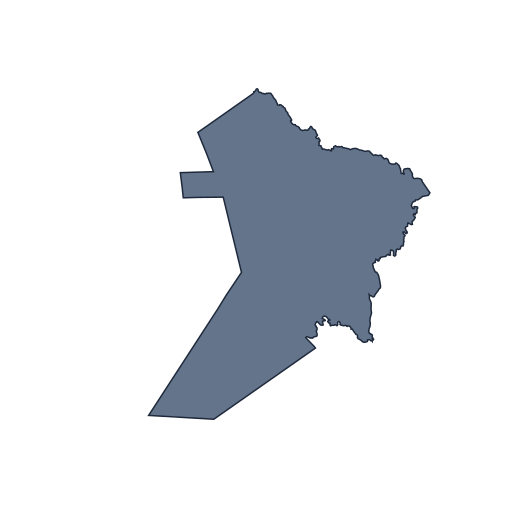 Kinango, Coast, Kenya, rotated 325°
{"feature_id": "3690345B23512246754033", "entity_name": "Kinango", "entity_type": "district", "adm_level": 2, "iso_a3": "KEN", "parent_name": "Kenya", "parent_adm1": "Coast", "projection": "robinson", "projection_center": [39.255, -3.945], "detail": "fine", "context": "isolated", "style": "filled", "palette": "slate", "viewbox_px": 512, "rotation_deg": 325, "n_neighbors": 0, "source": "geoboundaries", "source_scale": "gbopen_adm2", "svg_char_len": 6170}
<svg xmlns="http://www.w3.org/2000/svg" viewBox="0 0 512 512"><g transform="rotate(325 256 256)"><path d="M431.9,272.6L431.3,272.3L430.8,271.5L430.3,271.2L427.4,269.8L425.7,270.5L425.0,271.7L424.3,272.5L424.7,273.0L424.7,273.3L424.3,273.8L423.9,273.6L423.8,273.2L424.0,272.5L422.5,272.0L422.3,271.4L422.4,271.0L423.1,270.2L423.6,268.6L424.4,267.5L424.4,266.4L424.7,265.6L425.1,263.8L424.4,260.8L424.0,260.1L422.6,260.4L420.5,259.0L419.9,258.5L418.8,256.9L418.5,255.7L419.2,253.7L419.4,252.2L418.6,250.6L417.1,250.2L416.7,249.9L416.6,248.4L416.1,247.6L416.5,246.0L416.1,245.1L415.2,244.4L413.9,244.1L411.8,241.5L410.4,241.3L409.8,240.5L409.4,237.8L409.0,236.9L409.1,235.5L408.8,234.9L407.5,233.8L405.3,232.9L403.1,229.8L401.8,228.8L400.1,225.8L399.3,225.0L397.0,223.6L394.2,223.0L393.7,221.7L389.4,217.0L389.2,215.8L388.9,215.4L387.6,214.9L386.4,213.7L385.1,213.2L384.8,212.7L384.4,211.3L382.3,211.1L381.2,212.6L380.6,212.5L380.0,211.7L379.4,211.4L378.9,211.8L378.6,212.9L377.9,213.1L377.5,212.8L377.1,211.6L376.3,210.4L375.0,210.1L372.9,207.2L371.6,206.6L371.5,206.3L372.0,205.6L372.0,204.2L372.4,202.9L371.0,201.5L372.7,199.5L372.9,198.7L373.2,198.4L374.3,198.6L374.9,197.5L374.8,196.1L375.0,195.4L374.9,195.1L374.1,195.2L373.3,194.8L372.9,193.5L373.6,192.8L375.3,192.6L375.6,192.3L375.8,191.9L375.7,190.6L375.9,190.0L375.9,189.6L376.7,187.2L376.5,186.4L375.8,185.4L375.5,184.1L375.6,182.1L375.3,181.3L374.8,181.3L372.5,182.3L371.8,182.1L371.2,182.6L370.5,182.6L369.8,182.0L369.2,181.9L369.0,181.3L368.5,180.8L366.3,180.1L365.0,178.2L364.8,176.3L365.1,175.7L364.8,174.4L364.4,173.9L363.6,172.5L363.3,171.7L363.5,171.0L362.0,169.8L361.5,168.3L361.5,167.4L361.7,166.6L361.5,165.8L361.6,165.4L362.1,165.0L362.6,165.3L363.0,165.3L363.2,165.1L363.4,164.2L363.6,160.8L363.4,158.7L364.1,156.9L363.7,154.0L364.2,153.0L364.5,151.5L363.7,149.7L364.0,149.1L363.9,148.7L363.3,147.6L363.2,146.8L362.9,146.2L362.1,145.6L361.7,145.8L361.1,145.5L360.4,144.8L360.4,144.1L360.8,143.6L361.1,141.0L361.3,140.7L361.5,139.8L361.1,135.7L361.5,134.9L361.4,133.8L361.5,131.7L361.0,130.7L360.4,130.5L359.8,129.9L358.2,129.1L357.8,128.6L357.0,128.8L356.0,128.2L355.5,127.3L354.5,126.7L354.3,126.0L353.6,124.6L352.8,124.0L352.4,123.3L352.6,122.0L353.1,121.0L353.1,120.2L352.8,119.6L351.8,119.5L350.4,120.4L348.9,120.4L348.4,120.2L348.2,120.7L347.2,121.2L345.1,121.3L279.3,121.4L274.3,143.5L269.5,162.5L241.8,144.3L234.9,157.4L229.8,166.6L243.1,175.4L262.9,189.0L234.7,261.1L209.2,271.0L194.4,277.4L76.6,325.0L127.8,365.5L251.9,365.5L251.8,363.5L249.9,351.4L250.5,351.2L251.4,351.3L252.7,353.0L253.3,354.4L253.9,354.4L254.8,355.1L254.8,355.5L255.4,355.7L257.2,355.4L258.5,356.1L259.7,356.5L260.5,356.1L261.4,354.7L262.1,352.5L262.5,351.9L263.2,351.7L263.7,351.4L264.8,349.9L264.6,348.9L264.9,348.6L265.0,347.8L264.8,346.6L265.4,345.8L266.3,345.2L267.4,345.1L267.9,344.6L268.5,344.9L268.7,345.1L268.9,346.0L269.0,347.9L269.4,349.6L270.3,350.5L271.0,351.0L271.5,351.0L273.0,347.6L274.6,347.9L274.9,348.1L275.1,348.6L275.8,348.5L275.9,347.9L275.6,347.1L274.5,345.3L274.8,345.2L274.8,344.9L275.0,344.6L276.0,344.2L276.9,344.2L277.5,344.4L278.6,345.6L279.0,347.8L278.9,349.1L279.7,350.1L279.8,350.8L278.1,350.5L277.6,350.5L277.1,350.9L277.2,351.1L277.1,352.5L277.3,352.6L277.6,352.5L278.1,353.6L277.1,354.9L276.9,355.6L277.1,356.0L278.7,356.3L279.3,357.0L281.1,357.7L281.4,357.6L282.3,359.1L282.3,359.5L282.6,359.6L283.8,359.0L284.4,357.5L285.0,357.1L285.3,357.0L286.3,357.2L286.6,357.8L286.5,359.3L286.1,360.0L285.7,360.0L285.5,360.3L285.9,361.3L287.8,363.4L289.8,364.3L290.0,365.0L289.9,365.3L290.0,365.6L290.2,365.9L291.2,365.8L292.5,367.4L292.5,369.3L291.9,370.5L292.6,370.8L293.0,371.4L292.8,373.2L292.9,376.9L292.9,377.5L293.5,378.2L293.6,379.0L293.0,380.3L292.4,380.7L292.1,382.0L293.6,385.0L294.0,387.2L294.5,388.1L295.8,389.2L298.2,389.9L298.8,389.5L299.3,388.7L300.9,389.5L301.2,389.7L301.3,390.8L301.6,391.5L302.3,391.8L302.3,392.5L303.4,391.1L303.5,392.0L304.6,391.7L304.7,391.4L304.2,390.8L304.8,389.9L304.7,389.2L304.9,388.7L305.9,387.6L305.9,386.7L305.1,386.0L304.9,385.6L305.2,385.2L304.7,384.7L304.5,383.8L305.0,383.1L305.0,382.3L305.7,381.8L307.2,380.2L309.0,379.1L309.9,377.9L310.3,377.7L311.5,376.0L311.8,374.9L313.7,372.5L318.1,368.8L319.6,365.7L323.0,361.2L323.8,359.3L324.3,356.2L325.8,354.1L326.6,352.5L326.9,354.0L327.8,355.0L328.0,356.0L328.8,356.9L329.2,357.0L330.1,356.8L330.9,356.2L331.8,355.8L336.0,354.5L337.6,353.7L339.4,353.5L340.6,352.4L343.2,347.1L345.1,342.6L345.4,341.1L345.5,338.5L344.7,337.9L344.6,337.6L344.7,336.9L344.5,336.4L345.0,335.7L345.1,334.2L345.8,331.9L346.2,331.4L346.4,330.4L347.2,329.4L348.6,329.2L350.1,329.7L350.5,328.7L351.9,328.1L352.3,327.5L353.1,328.8L352.9,329.5L353.0,330.0L353.7,330.4L354.3,330.3L354.4,329.5L354.8,329.3L355.4,329.2L356.1,329.4L356.3,329.3L356.3,328.8L357.0,328.6L358.6,329.0L361.8,330.7L362.2,330.8L363.1,330.4L365.2,330.4L365.4,330.7L365.4,331.8L366.7,332.3L367.6,330.7L368.5,329.9L369.5,328.4L370.4,328.9L371.1,330.0L371.3,331.2L369.0,334.3L369.4,335.5L370.3,335.7L371.2,335.3L371.8,334.2L373.6,332.5L374.7,331.3L375.7,331.3L376.4,332.4L378.2,332.9L380.1,331.4L381.2,331.1L382.1,332.1L383.3,331.3L384.3,329.8L385.7,328.9L386.0,327.6L387.2,326.6L387.8,325.7L388.6,325.1L389.8,324.8L390.0,324.0L389.4,322.4L390.1,320.8L391.3,321.2L391.5,322.8L392.0,323.8L393.2,323.8L393.7,322.6L393.6,321.3L393.9,319.9L394.4,318.8L395.2,318.1L397.2,318.5L399.2,316.1L399.5,316.1L401.3,319.5L402.3,319.8L402.8,318.6L403.6,317.5L406.6,316.8L408.6,315.8L408.7,315.5L408.3,314.2L408.5,312.6L408.8,312.3L409.5,312.1L409.8,313.0L410.2,313.5L410.7,313.1L411.1,312.5L411.6,312.8L412.7,312.9L414.2,310.6L415.1,309.8L415.8,309.7L416.3,308.8L416.3,308.4L415.9,307.9L414.2,306.4L413.5,306.4L413.2,307.3L412.6,307.7L412.0,307.4L411.6,306.5L412.1,304.7L412.0,303.9L414.7,302.0L416.6,301.8L417.2,302.2L418.1,302.3L418.9,301.6L420.8,302.8L422.5,302.9L426.8,302.8L431.8,305.1L432.5,305.0L434.7,304.0L434.8,290.8L434.9,290.1L435.4,289.0L435.4,288.4L435.0,287.4L434.2,286.2L432.5,284.7L430.2,283.5L429.6,282.7L429.8,280.7L430.2,279.7L431.0,278.9L431.3,278.0L431.5,276.8L431.4,275.5L431.9,272.6Z" fill="#64748b" stroke="#1e293b" stroke-width="1.5"/></g></svg>